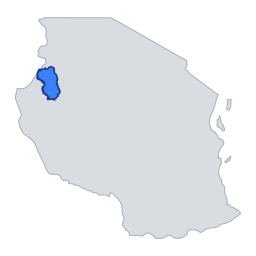 Kibondo, Kigoma, United Republic of Tanzania shown in context
{"feature_id": "72390352B58332556482444", "entity_name": "Kibondo", "entity_type": "district", "adm_level": 2, "iso_a3": "TZA", "parent_name": "United Republic of Tanzania", "parent_adm1": "Kigoma", "projection": "orthographic", "projection_center": [30.818, -4.184], "detail": "fine", "context": "in_parent", "style": "filled", "palette": "blue", "viewbox_px": 256, "rotation_deg": 0, "n_neighbors": 0, "source": "geoboundaries", "source_scale": "gbopen_adm2", "svg_char_len": 7587}
<svg xmlns="http://www.w3.org/2000/svg" viewBox="0 0 256 256"><path d="M88.8,190.8L85.5,189.0L82.5,188.0L80.0,186.8L78.9,185.6L76.6,185.2L74.6,185.0L72.7,183.9L68.9,183.5L68.5,182.8L68.5,181.2L67.8,180.8L66.4,180.4L64.9,180.4L64.0,180.6L63.5,180.5L62.2,179.6L61.1,178.4L60.7,176.5L58.9,175.3L56.9,174.3L51.3,174.4L50.4,174.1L49.1,173.2L47.6,171.6L46.3,169.8L45.2,167.3L44.1,164.0L37.6,150.7L37.0,148.2L35.7,145.4L33.7,142.0L31.5,139.5L28.5,137.2L25.2,134.9L23.4,133.4L19.9,127.1L19.2,124.2L18.6,121.2L18.8,120.0L21.0,116.1L21.2,115.0L20.9,113.5L19.9,110.4L18.5,106.6L15.8,99.7L15.4,98.0L15.4,96.7L17.0,89.7L17.0,88.7L23.4,88.8L28.2,85.8L32.3,81.2L33.1,79.3L34.8,76.4L36.4,74.9L37.0,73.9L38.0,71.0L40.1,69.0L42.2,67.5L41.8,66.4L42.1,66.0L43.2,65.2L45.5,64.5L45.9,63.0L45.9,61.2L45.5,60.3L45.6,59.1L45.3,58.5L43.8,58.4L41.7,57.5L39.8,57.1L38.6,56.6L38.1,56.2L37.9,55.2L39.0,52.5L37.9,51.4L40.2,47.0L40.6,46.5L41.4,46.4L42.7,45.9L43.9,45.7L44.9,45.9L45.6,45.7L46.3,45.2L46.8,43.7L47.3,41.2L47.0,39.1L46.1,37.6L45.8,35.1L46.2,31.9L45.9,29.2L44.9,27.1L43.8,25.8L42.2,25.2L39.7,21.9L38.9,20.3L39.0,19.3L39.9,18.9L41.5,19.1L43.1,18.7L44.5,17.8L45.9,17.5L46.6,17.7L111.2,17.8L186.2,60.4L186.5,60.9L187.1,64.5L187.0,65.7L185.8,67.8L185.4,68.9L185.4,69.7L185.7,70.0L186.7,70.1L187.5,70.6L187.8,71.0L188.5,72.6L189.3,73.4L217.4,94.3L218.1,94.6L217.6,96.4L216.0,100.5L215.9,102.3L215.2,104.3L214.6,105.7L212.9,111.6L211.5,113.8L209.6,119.0L209.2,122.9L210.2,125.7L210.5,128.3L212.7,130.9L214.4,131.8L215.6,133.0L217.6,135.7L218.8,138.4L222.5,139.7L223.9,142.7L223.3,144.8L221.6,146.5L219.9,149.2L218.5,152.8L218.4,158.4L219.3,157.6L221.2,158.9L221.4,163.0L219.3,167.8L218.6,170.0L218.4,171.9L219.8,177.6L222.0,180.5L221.8,181.4L221.2,182.2L224.9,187.3L224.4,191.8L225.8,195.3L226.3,198.3L227.2,200.6L227.4,202.2L226.1,203.9L228.9,204.4L230.5,205.9L231.2,207.3L233.2,207.2L234.3,208.2L235.8,209.0L239.2,211.3L240.1,212.5L240.6,213.6L230.9,220.8L227.4,222.6L225.0,223.5L222.3,223.9L219.8,225.1L217.4,226.8L214.4,227.7L210.7,227.7L206.8,228.9L200.6,232.6L197.2,230.5L194.4,229.8L191.2,229.8L189.2,230.1L188.5,230.5L187.9,231.8L187.3,233.9L185.2,235.9L181.5,237.8L178.1,238.5L175.0,238.0L172.9,237.1L171.8,236.0L170.2,235.5L168.1,235.5L166.0,236.3L164.0,237.8L160.9,238.5L156.6,238.2L154.4,237.5L154.1,236.2L152.2,234.7L148.8,233.0L146.3,233.0L144.6,234.6L143.1,235.6L141.8,236.0L140.6,236.0L138.8,235.6L134.1,235.4L129.6,235.4L129.2,233.1L128.3,231.7L127.5,230.8L125.9,230.6L125.5,229.9L125.0,228.5L124.3,227.2L123.3,226.2L122.7,225.2L122.5,224.3L122.6,223.4L123.6,221.0L123.9,219.3L123.8,217.6L123.4,215.9L122.3,213.8L122.4,213.3L122.1,211.9L122.1,210.9L122.3,209.6L122.1,208.0L121.2,204.6L121.2,203.7L120.3,202.0L117.3,198.1L117.2,197.6L112.5,193.6L110.6,192.7L109.9,193.4L109.7,194.1L109.9,195.4L109.7,196.0L109.5,196.3L108.4,196.3L107.7,196.1L105.9,195.0L104.6,194.8L101.1,194.9L99.9,195.2L98.9,195.0L97.1,193.1L95.0,192.7L93.1,192.6L89.9,190.6L88.8,190.8ZM223.2,125.2L224.7,129.6L224.5,130.5L223.4,130.9L222.8,131.0L222.1,130.3L221.7,128.8L220.8,129.1L219.5,127.3L218.1,127.2L216.9,125.1L217.4,123.3L217.1,120.1L218.7,118.6L219.6,115.9L220.5,117.7L220.7,120.6L222.0,124.0L223.2,125.2ZM231.1,99.2L231.2,100.2L230.9,101.2L230.9,104.3L230.7,106.4L229.5,109.2L228.6,110.2L227.7,109.9L227.0,109.5L226.5,108.7L227.7,103.4L227.2,99.6L229.4,100.0L231.1,99.2ZM226.9,162.4L225.8,162.6L225.3,162.4L224.7,161.5L225.9,160.8L227.0,159.4L229.7,157.3L231.0,155.7L230.7,157.3L229.2,160.8L227.9,161.1L226.9,162.4Z" fill="#d9dde1" stroke="#a8b0b8" stroke-width="1"/><path d="M54.1,68.4L53.3,67.5L53.0,67.3L52.5,67.1L51.8,67.1L50.9,66.5L49.8,66.9L49.5,67.1L49.3,67.5L48.6,67.7L47.7,68.8L47.4,68.9L47.0,68.9L45.9,69.2L45.6,69.2L45.4,69.0L45.3,68.9L45.3,68.7L45.1,68.3L45.1,68.2L43.5,69.1L42.9,69.3L42.3,69.2L42.1,69.3L41.8,69.3L41.7,69.4L41.7,69.5L41.3,69.6L41.2,69.8L41.0,69.7L41.0,69.9L40.9,69.8L40.8,70.0L40.5,70.0L40.4,70.0L40.5,70.2L40.5,70.3L40.3,70.3L40.2,70.7L40.0,70.8L40.0,71.0L39.7,70.4L39.6,70.2L39.6,69.9L39.7,69.6L39.4,69.4L39.3,69.6L38.9,69.9L38.7,70.1L38.5,70.3L38.4,70.5L38.5,70.7L38.5,71.0L38.6,71.3L38.4,71.4L38.3,71.6L38.2,71.5L38.1,71.8L38.0,72.0L37.9,72.0L37.8,72.5L37.6,72.6L37.7,72.8L37.5,73.0L37.4,73.2L37.2,73.5L37.3,73.5L37.2,73.7L37.3,73.8L37.5,74.5L37.6,74.9L37.5,75.1L37.6,75.6L37.6,75.8L37.4,75.9L37.5,76.0L37.4,76.3L37.5,76.4L37.8,76.7L37.6,76.9L37.6,77.0L37.5,77.3L37.5,77.5L37.4,77.5L37.5,77.7L37.3,77.7L37.4,77.9L37.5,77.8L37.4,77.9L37.3,78.0L37.5,78.0L37.4,78.1L37.6,78.2L37.5,78.3L37.6,78.2L37.7,78.4L37.8,78.4L37.8,78.6L38.0,78.6L38.0,78.8L38.1,78.7L38.2,78.8L38.3,78.8L38.8,79.4L39.1,79.4L39.4,79.5L39.5,79.5L39.5,79.3L39.7,79.5L39.8,79.6L40.1,79.5L40.1,79.9L40.6,79.9L40.6,80.1L40.8,80.1L41.0,80.4L41.3,80.3L41.7,80.3L41.8,80.4L41.8,80.6L42.2,80.7L42.1,80.9L42.3,80.8L42.6,81.0L42.6,81.3L42.8,81.4L42.9,81.5L43.2,81.6L43.1,81.8L43.2,82.1L43.3,82.1L43.2,82.2L43.3,82.2L43.3,82.4L43.2,82.4L43.5,82.7L43.4,82.8L43.7,82.8L43.8,82.9L43.9,83.0L44.1,82.9L44.1,83.2L44.4,83.5L44.2,83.7L44.1,83.8L44.0,84.0L44.1,84.3L44.2,84.6L44.5,84.6L44.4,84.8L44.5,84.9L44.5,85.3L44.2,85.3L44.1,85.6L44.2,85.8L44.0,86.0L43.8,86.1L43.9,86.3L43.8,86.5L43.7,86.3L43.3,86.6L43.4,86.8L43.4,87.0L43.2,87.3L43.1,87.2L42.9,86.9L42.7,87.1L42.4,87.1L42.6,87.5L42.9,87.7L42.9,87.8L42.8,88.1L42.7,88.2L42.7,88.3L42.8,88.4L42.4,88.4L42.3,88.2L42.2,88.4L42.3,88.5L42.2,88.7L42.3,88.9L42.6,88.8L42.6,89.2L42.3,89.4L42.4,89.5L42.6,89.7L42.7,89.9L42.4,89.9L42.4,90.0L42.6,90.1L42.7,90.4L43.0,90.4L42.7,90.9L42.7,91.2L42.7,91.4L42.7,91.6L43.0,91.6L43.2,91.4L43.4,91.5L43.5,91.5L43.4,91.4L43.5,91.4L43.6,91.5L43.6,92.0L43.5,92.3L43.3,92.7L43.4,92.9L43.4,93.0L43.6,92.9L43.5,93.4L43.8,93.3L44.1,93.5L44.2,93.4L44.1,93.6L44.3,93.8L44.3,94.0L44.1,94.1L44.5,94.1L44.8,94.1L45.1,94.0L45.1,93.9L45.4,93.8L45.8,94.2L46.0,94.1L46.3,94.1L46.6,94.4L46.6,94.7L46.4,94.8L46.6,94.9L46.8,95.1L46.7,95.2L46.8,95.2L46.8,95.4L47.1,95.8L47.4,95.8L47.5,95.9L47.5,96.0L47.8,96.1L47.8,96.4L48.1,96.4L48.1,96.6L48.2,96.8L48.3,96.9L48.2,97.3L48.1,97.5L47.9,97.6L48.0,97.8L47.9,97.9L48.1,97.9L47.8,98.1L48.1,98.3L47.6,98.4L47.7,98.8L47.6,99.1L47.7,99.3L47.8,99.2L47.9,99.3L47.8,99.5L48.2,99.2L48.3,99.2L48.7,99.3L48.8,99.2L48.9,99.4L49.2,99.4L49.3,99.5L49.4,99.4L49.6,99.3L49.7,99.2L50.2,99.3L51.1,98.9L51.4,98.9L51.5,99.0L51.8,98.8L52.0,99.3L52.6,99.6L52.9,99.6L53.0,99.5L53.5,99.1L53.5,99.3L53.9,99.4L54.1,99.3L54.2,99.7L54.7,99.9L54.6,99.2L54.7,98.8L54.9,98.6L55.3,98.5L56.1,98.4L56.2,97.9L56.7,97.4L56.8,97.1L57.2,96.8L57.3,96.5L57.5,96.3L57.5,96.1L58.0,96.1L57.9,95.5L58.0,95.2L57.9,95.2L57.9,94.9L57.8,94.7L57.7,94.5L57.8,94.4L58.0,94.1L58.2,93.8L58.5,93.8L58.7,94.0L59.2,93.7L59.4,93.5L59.4,93.3L59.7,92.8L59.9,92.3L59.7,91.9L59.9,91.5L59.7,91.5L59.6,91.1L59.6,90.7L59.5,90.4L59.4,90.3L59.2,90.0L59.2,89.8L59.4,89.8L59.3,89.6L59.4,89.2L59.2,89.0L59.1,88.9L58.9,88.9L58.8,89.1L58.5,89.0L58.6,88.8L58.4,88.4L58.5,88.1L58.3,87.8L58.5,87.5L58.3,87.3L58.4,87.0L58.0,86.5L57.9,86.0L57.4,85.7L57.3,84.6L57.2,84.5L57.4,84.3L57.2,84.2L57.1,84.3L56.9,84.1L57.0,83.9L56.9,83.9L57.0,83.6L56.8,83.3L56.9,83.0L56.8,82.9L56.8,82.6L56.6,82.5L56.5,82.4L56.6,82.2L56.7,81.9L56.9,81.5L56.9,81.2L57.0,81.0L56.9,80.7L57.0,80.6L57.1,80.3L57.3,80.3L57.3,80.2L57.5,80.1L57.6,79.8L57.6,79.7L57.6,79.3L57.5,79.1L57.6,78.9L57.6,78.7L57.3,78.3L57.4,78.1L57.2,77.7L57.1,77.3L57.1,76.6L56.9,76.4L56.8,76.0L56.7,75.7L56.3,75.3L56.3,74.7L56.0,74.3L55.8,73.9L54.9,73.4L54.5,73.0L54.4,72.7L54.4,72.1L54.1,71.7L54.2,71.3L54.1,70.8L54.3,70.7L54.1,70.4L54.2,69.7L53.8,69.3L53.9,69.1L54.2,68.9L54.2,68.6L54.1,68.4Z" fill="#3b82f6" stroke="#1e3a8a" stroke-width="1.5"/></svg>